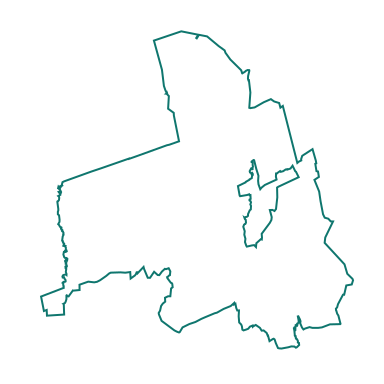 Grobiņas pag., Grobinas, Latvia (Equal Earth projection), rotated 87°
{"feature_id": "27541924B17977825120630", "entity_name": "Grobiņas pag.", "entity_type": "district", "adm_level": 2, "iso_a3": "LVA", "parent_name": "Latvia", "parent_adm1": "Grobinas", "projection": "equal_earth", "projection_center": [21.191, 56.5], "detail": "fine", "context": "isolated", "style": "outline", "palette": "teal", "viewbox_px": 384, "rotation_deg": 87, "n_neighbors": 0, "source": "geoboundaries", "source_scale": "gbopen_adm2", "svg_char_len": 5981}
<svg xmlns="http://www.w3.org/2000/svg" viewBox="0 0 384 384"><g transform="rotate(87 192 192)"><path d="M38.8,222.1L68.4,215.6L84.6,214.5L89.2,213.2L90.9,212.5L90.7,212.1L91.9,211.7L92.5,212.6L92.6,212.1L95.0,210.1L107.6,211.5L112.0,206.1L114.7,206.1L140.7,202.3L143.6,212.2L144.0,214.6L153.9,247.3L155.6,253.1L155.3,253.1L163.5,281.3L166.3,291.4L174.7,319.2L175.4,320.8L178.0,321.6L178.6,321.3L178.7,321.7L179.4,322.0L179.7,322.4L179.2,323.2L179.9,323.9L179.7,324.2L179.7,324.7L180.1,324.9L179.8,325.1L181.2,325.5L181.5,324.6L181.5,324.3L181.0,324.2L181.3,323.6L182.3,324.2L182.5,323.8L185.2,322.7L185.7,322.9L184.5,323.3L184.6,324.5L184.8,324.7L184.9,325.2L185.5,324.9L185.3,324.1L188.0,323.7L189.0,325.8L189.8,325.0L191.1,324.9L193.1,325.3L194.2,326.2L194.2,326.7L194.7,327.0L201.9,326.4L203.5,326.5L204.7,327.0L207.3,327.1L208.3,326.0L212.7,325.7L214.9,325.9L217.1,327.3L218.1,326.4L219.8,325.7L220.5,324.3L220.9,324.2L221.1,324.8L222.0,324.7L222.9,324.2L223.1,323.6L224.3,323.8L224.6,323.5L224.6,323.0L226.3,322.4L227.4,322.9L228.0,322.5L229.5,323.4L233.6,324.2L233.9,323.7L234.7,323.8L235.2,323.3L235.9,323.4L236.8,322.4L239.0,323.3L239.4,322.2L238.8,321.8L239.2,321.1L239.9,321.5L240.8,320.9L243.0,321.0L243.6,320.4L244.7,320.2L245.0,320.8L244.5,321.0L244.0,321.9L244.2,322.1L245.2,322.0L245.2,323.1L247.7,323.7L250.4,323.0L251.1,322.4L251.3,320.9L252.0,320.0L252.5,320.0L253.4,320.2L252.6,320.9L252.7,321.1L254.2,322.4L254.6,322.3L254.4,321.8L255.7,321.2L256.1,321.2L256.4,321.8L257.1,321.9L257.3,321.4L259.5,320.8L260.0,321.1L259.5,321.9L259.8,322.3L260.6,322.3L261.4,321.8L261.8,322.1L262.3,321.6L265.2,322.2L267.3,321.6L268.2,321.7L267.8,322.1L268.0,324.0L268.4,325.1L269.5,325.8L270.6,325.6L270.5,324.2L271.7,324.0L273.0,323.0L274.4,322.8L274.9,323.1L275.0,324.9L275.3,325.3L275.5,324.9L275.8,325.1L275.8,325.5L276.1,325.8L276.4,325.3L278.1,325.5L279.3,325.0L279.8,325.3L281.0,325.1L288.5,348.2L303.1,346.1L302.2,343.3L307.9,343.3L307.7,326.1L297.1,325.9L296.9,326.2L296.2,324.7L294.9,323.9L292.4,323.0L288.8,322.8L288.6,322.5L289.6,321.8L289.8,320.7L284.1,316.1L284.3,315.8L284.0,309.4L278.7,309.2L276.1,300.3L277.1,294.4L276.7,291.5L275.3,288.4L271.3,282.0L269.0,279.0L268.3,277.4L268.5,267.7L269.1,262.8L268.7,257.9L275.2,257.8L272.3,253.3L271.1,252.3L269.3,251.5L269.2,251.2L270.4,250.7L264.3,244.3L266.3,243.9L275.3,240.7L275.5,238.4L269.7,234.0L273.1,230.6L273.3,229.0L269.9,226.2L267.3,223.1L267.7,222.1L266.9,219.3L270.1,217.8L273.9,218.4L274.3,219.5L275.7,220.8L275.8,221.3L276.7,221.1L280.5,218.6L281.6,217.8L281.9,217.0L282.8,216.5L286.1,216.3L287.2,217.9L295.0,219.1L294.9,221.4L296.2,224.5L300.1,224.5L301.9,227.0L304.2,228.8L308.8,230.1L311.1,231.6L312.6,231.4L319.1,229.1L329.3,216.8L330.7,214.4L331.6,212.3L331.3,211.6L326.7,208.5L323.7,201.5L322.0,195.4L319.2,189.3L317.8,185.6L314.3,175.8L313.8,173.4L310.4,166.5L307.9,159.3L305.1,155.8L306.5,155.8L305.8,154.5L310.1,153.9L312.7,153.0L312.7,151.3L318.6,151.9L324.8,151.7L326.9,149.8L328.7,149.2L332.1,148.9L332.9,147.8L332.2,145.1L331.5,143.0L329.5,141.2L328.5,138.4L329.7,138.3L329.3,137.8L328.1,135.3L331.2,131.3L334.1,129.7L334.0,127.7L336.7,124.8L339.5,123.9L339.4,123.6L345.0,122.4L343.0,118.9L342.8,118.1L343.6,117.2L347.3,116.2L352.3,114.3L352.7,113.2L353.0,110.8L352.1,104.0L351.4,100.9L351.7,97.8L352.9,96.4L352.5,95.4L350.4,93.0L348.4,93.1L348.3,93.7L347.7,94.2L346.5,94.0L344.7,94.7L344.0,95.3L344.3,95.4L343.8,95.9L343.3,95.7L341.5,96.5L341.5,96.0L341.3,96.0L340.8,96.8L336.6,97.0L335.6,96.3L335.0,96.5L335.4,97.1L333.3,97.4L333.2,97.3L333.4,97.0L333.1,96.9L333.4,96.5L333.1,96.4L333.7,95.9L332.2,95.8L331.8,95.4L330.4,95.5L330.2,95.1L330.9,94.0L330.0,93.6L328.9,93.8L328.1,92.3L325.5,92.3L321.8,92.8L321.7,92.3L324.9,90.9L326.7,90.4L328.6,90.8L329.3,90.6L333.0,89.3L335.1,87.9L334.3,86.3L333.1,81.7L334.0,78.8L334.3,73.3L334.0,69.3L331.4,61.2L331.7,50.9L331.4,50.6L323.0,52.3L321.1,53.4L318.1,54.1L317.9,54.3L316.1,54.4L314.8,53.1L311.7,52.1L302.5,46.6L302.3,46.3L302.5,45.4L293.4,42.8L292.7,37.3L288.6,35.8L287.1,36.3L281.8,41.2L272.2,43.5L249.7,62.2L244.4,61.3L228.8,52.7L228.6,55.0L225.8,57.3L224.6,60.8L221.1,62.3L207.9,64.1L198.2,65.0L186.3,69.1L183.6,64.5L178.1,65.1L177.7,66.6L170.3,67.4L169.9,66.4L167.2,66.7L155.5,69.4L161.6,80.0L164.9,81.3L166.2,81.2L167.2,83.6L168.5,85.3L110.8,96.8L112.4,99.3L107.7,100.3L105.9,105.2L103.4,108.4L106.1,115.6L110.8,125.0L111.3,129.4L110.9,130.4L95.7,128.5L83.4,129.3L83.5,129.8L81.9,130.2L79.1,129.9L74.0,128.4L73.3,128.5L73.1,130.0L73.8,131.8L74.8,133.0L75.9,135.1L75.6,135.1L75.7,135.8L73.0,136.5L61.7,146.8L54.7,151.3L52.3,152.0L47.7,157.7L37.4,168.8L35.4,176.8L38.8,179.2L38.4,179.7L35.3,177.4L31.0,194.3L38.8,222.1ZM214.1,115.2L221.3,113.7L224.1,114.2L226.9,115.9L237.4,124.6L241.3,124.5L243.1,124.8L242.7,125.7L246.5,130.4L250.3,131.0L248.3,132.7L248.5,135.0L249.4,140.1L248.5,140.6L244.8,141.7L241.5,141.1L237.4,142.0L233.9,141.4L229.4,142.6L227.5,141.8L226.8,141.1L226.7,140.4L225.4,139.7L222.6,139.8L221.8,140.6L220.7,140.9L221.0,140.6L219.9,140.2L219.6,138.4L218.7,137.3L217.0,137.2L213.3,135.3L212.5,134.2L208.9,133.8L207.5,134.4L205.4,133.6L204.2,134.0L203.6,134.9L203.1,135.1L202.5,134.9L202.0,133.8L198.1,133.8L198.2,134.7L197.3,135.0L197.9,137.2L198.7,144.2L198.1,144.6L188.5,145.8L185.2,138.0L184.7,137.8L182.8,134.0L182.4,133.9L181.3,131.6L178.1,131.0L178.2,130.5L177.3,130.3L176.5,130.7L177.1,131.1L177.3,131.6L175.9,132.1L175.8,132.8L175.4,133.1L174.2,133.3L171.4,131.6L171.3,131.1L172.4,130.6L172.3,130.3L171.2,130.3L169.7,129.8L168.4,130.0L166.3,129.9L165.3,130.2L165.2,130.9L164.7,130.9L163.3,128.9L163.5,128.3L172.3,126.6L179.3,124.8L184.3,125.4L187.8,125.2L192.8,123.7L191.2,122.2L188.8,118.9L184.0,106.9L181.2,107.4L177.9,107.1L177.9,106.1L177.5,105.8L175.7,102.9L176.5,102.3L176.0,99.9L174.4,97.3L174.2,95.7L174.6,95.6L173.7,92.4L171.0,90.2L176.7,87.8L177.2,87.1L182.8,84.7L191.3,105.6L192.0,106.8L201.8,107.1L213.4,109.0L215.3,110.6L214.1,112.6L214.1,115.2Z" fill="none" stroke="#0f766e" stroke-width="2"/></g></svg>